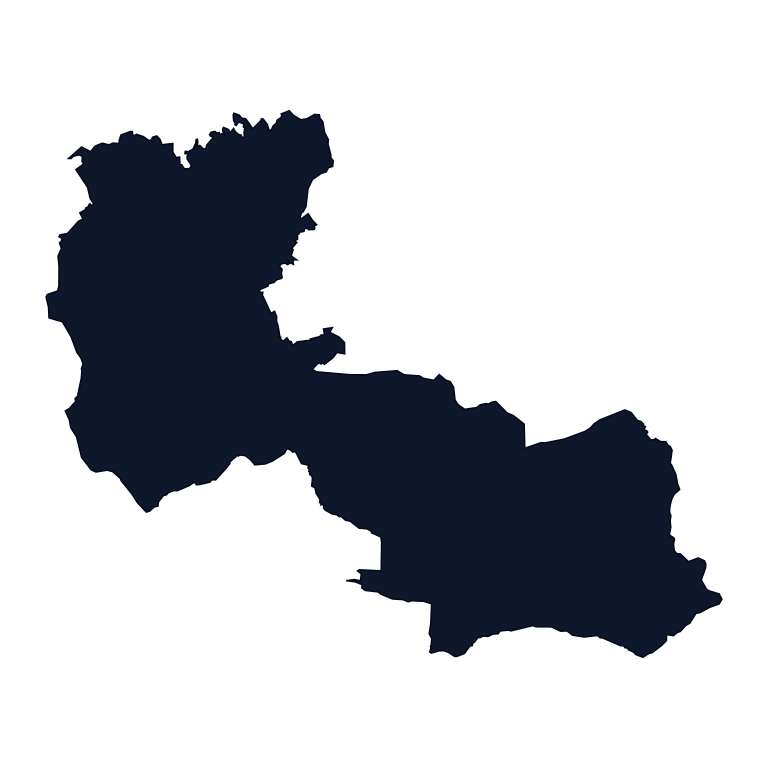 the district of Livezile, Bistrita-Nasaud, Romania
{"feature_id": "2599482B94998463214771", "entity_name": "Livezile", "entity_type": "district", "adm_level": 2, "iso_a3": "ROU", "parent_name": "Romania", "parent_adm1": "Bistrita-Nasaud", "projection": "mercator", "projection_center": [24.633, 47.178], "detail": "fine", "context": "isolated", "style": "filled", "palette": "ink", "viewbox_px": 768, "rotation_deg": 0, "n_neighbors": 0, "source": "geoboundaries", "source_scale": "gbopen_adm2", "svg_char_len": 6072}
<svg xmlns="http://www.w3.org/2000/svg" viewBox="0 0 768 768"><path d="M721.9,599.2L719.1,593.9L708.4,590.6L706.2,588.7L701.3,580.0L705.6,567.8L705.7,563.7L704.5,560.8L698.2,557.9L688.5,561.6L680.4,553.9L676.9,553.7L674.3,550.8L673.5,544.0L674.5,539.3L674.0,538.0L669.8,535.2L669.5,533.8L670.8,527.2L670.2,521.4L670.9,515.6L669.7,513.1L669.6,508.6L671.4,499.9L674.0,494.4L679.7,489.5L677.6,484.0L675.8,474.2L671.3,464.3L670.2,463.6L672.1,450.3L670.2,446.5L668.1,445.4L665.8,441.7L660.6,441.6L655.3,438.4L654.7,439.5L651.0,440.0L646.2,434.5L647.6,432.3L647.4,431.3L644.0,429.5L645.4,426.6L643.7,426.1L643.4,423.8L640.9,421.5L637.3,420.4L631.2,412.6L624.9,409.9L599.8,419.9L594.0,423.9L590.4,428.0L585.0,431.4L564.1,439.1L544.9,442.9L540.9,442.7L524.8,448.2L524.2,424.1L513.4,415.6L507.1,412.9L495.8,401.5L491.7,402.2L488.3,404.1L486.2,403.5L480.1,404.8L477.0,407.5L464.8,409.3L457.8,404.5L455.0,399.8L453.6,387.2L450.2,381.6L445.8,380.1L439.2,374.6L433.9,380.3L423.1,378.2L419.5,375.9L404.1,374.8L397.2,370.7L374.9,372.4L366.4,374.8L350.4,374.7L316.3,371.8L313.9,370.2L312.3,370.5L312.2,369.6L317.1,364.1L319.5,362.8L321.1,364.1L322.4,362.4L324.3,364.4L333.1,357.7L336.9,352.5L344.7,353.8L344.5,342.5L339.1,337.1L329.8,332.3L332.4,327.6L323.5,329.0L324.5,335.1L321.2,334.9L319.6,336.6L310.3,339.0L310.7,340.2L297.4,341.8L292.7,345.6L291.2,341.5L289.6,341.6L286.9,337.8L283.5,341.1L280.9,339.7L280.7,337.1L278.9,336.4L279.7,335.7L278.1,325.8L276.5,321.2L276.7,317.0L274.6,311.3L270.9,313.3L262.4,295.0L262.8,292.2L260.6,292.7L259.1,290.0L268.2,285.9L267.9,284.5L269.4,283.6L274.0,282.4L276.7,279.8L281.5,278.4L282.2,277.2L281.4,274.1L282.1,269.2L279.4,266.5L281.3,263.9L285.0,263.1L287.5,264.6L289.5,263.5L288.4,261.6L293.4,264.4L292.9,260.0L296.8,259.9L291.2,255.9L293.1,249.5L291.7,248.4L296.8,242.5L294.7,240.9L297.6,239.2L297.5,234.4L299.1,233.9L299.0,232.4L304.1,231.4L304.3,229.0L305.9,228.3L307.4,228.3L308.5,229.7L314.3,229.5L314.8,227.9L313.9,226.9L314.2,226.1L316.7,224.7L312.6,220.6L308.2,213.7L301.2,218.9L300.0,217.2L301.7,212.3L303.2,211.8L306.0,206.5L308.0,188.8L312.5,179.5L321.4,173.3L326.2,171.9L328.6,167.5L332.6,166.5L333.3,161.0L330.4,157.0L331.0,155.4L328.0,144.1L328.4,139.6L324.6,132.5L322.8,121.6L319.9,118.1L319.4,114.8L314.7,114.4L306.9,118.8L300.8,119.7L293.2,115.1L289.3,110.7L281.2,113.9L281.9,116.0L280.3,118.1L277.1,120.1L276.2,123.1L272.9,126.3L271.5,129.6L269.4,131.0L267.3,124.4L263.1,118.9L261.4,118.9L260.3,121.2L252.8,128.7L245.7,118.7L241.7,118.2L239.4,115.2L233.9,113.2L233.2,114.8L233.6,120.3L235.1,123.4L234.9,124.7L236.3,125.5L237.9,122.8L239.5,122.3L243.8,123.9L243.4,127.0L244.8,127.7L244.0,132.5L244.4,136.6L242.9,138.1L240.9,134.9L238.9,134.7L235.3,131.7L233.6,128.4L230.0,132.8L228.7,129.6L223.5,127.4L222.7,129.0L222.9,131.8L224.0,132.6L224.3,134.9L222.1,133.5L220.2,134.5L219.2,133.7L219.3,132.7L217.0,133.0L215.0,131.4L211.3,132.1L209.5,134.5L210.4,136.2L212.4,136.7L212.7,138.1L206.8,145.0L205.9,148.5L203.6,149.1L199.8,145.4L197.3,146.9L197.8,141.9L197.3,139.2L196.2,139.5L195.8,142.5L196.7,142.5L196.5,143.5L195.2,144.2L192.8,149.4L189.6,150.7L189.5,151.8L185.3,151.3L184.9,152.8L185.1,153.8L188.1,153.7L188.1,155.3L187.0,156.2L187.2,159.1L191.2,164.9L190.6,167.4L188.5,169.0L184.0,168.5L181.9,164.8L180.0,164.4L179.6,157.0L176.3,157.7L172.8,152.0L172.9,143.5L162.1,144.7L160.1,139.6L156.8,135.9L152.4,137.3L151.6,139.6L149.2,140.7L143.4,136.6L136.5,134.3L134.0,135.8L132.9,135.3L132.3,131.6L130.7,131.4L121.1,134.9L119.3,139.8L119.1,143.5L112.6,143.1L109.2,144.9L102.3,143.2L95.1,146.1L90.6,151.6L81.5,147.0L68.5,158.5L71.0,158.6L73.3,156.3L79.3,154.8L82.4,156.4L82.0,161.6L83.6,164.0L75.9,169.6L87.6,187.4L90.2,198.6L93.7,204.0L91.5,205.9L90.2,203.8L89.3,204.1L88.1,206.7L85.6,208.1L85.9,209.4L79.8,212.9L83.1,219.1L78.5,221.2L67.5,233.5L60.2,234.8L58.9,236.7L62.1,238.6L61.3,241.3L59.5,242.7L61.4,248.5L58.0,256.1L59.0,266.2L58.9,285.9L57.6,291.0L48.4,294.1L47.1,294.8L46.1,297.2L48.5,307.2L49.0,317.9L62.4,321.8L71.1,336.8L77.0,352.6L80.8,357.8L83.2,364.0L81.4,368.8L82.0,370.9L81.3,377.1L81.9,378.2L81.2,378.6L77.5,396.2L75.1,398.6L75.7,401.4L69.3,408.5L65.3,410.9L69.5,420.2L70.6,427.5L76.6,436.9L81.6,457.4L91.2,469.9L95.9,472.0L107.3,470.2L112.6,471.6L120.3,478.3L121.1,480.6L132.0,494.1L137.6,502.9L146.3,512.1L149.3,511.3L154.5,506.8L157.9,506.2L158.4,502.0L163.5,495.5L166.6,494.8L168.3,492.7L173.9,490.6L177.3,490.7L189.5,485.5L192.8,483.1L195.5,482.5L196.3,484.8L200.5,484.4L209.9,482.1L211.9,479.8L215.6,479.9L225.2,469.4L229.8,463.7L229.8,462.0L237.7,455.1L238.3,456.0L240.0,455.0L245.3,455.7L250.5,459.7L254.8,464.9L265.5,463.9L272.5,461.0L284.3,453.5L286.8,448.9L290.2,449.7L292.8,452.1L294.6,451.7L295.9,452.4L301.5,463.6L308.3,465.2L308.7,466.3L307.8,467.5L309.2,469.6L308.8,471.4L309.6,471.5L309.7,474.6L311.0,475.2L312.5,477.7L311.7,486.1L315.0,487.9L316.1,493.3L320.0,499.4L319.6,502.6L321.5,503.5L320.9,504.9L323.4,504.5L323.8,508.5L325.3,510.2L332.2,514.0L336.9,514.8L339.4,516.8L340.8,516.1L345.6,520.4L349.8,521.0L359.2,528.2L367.0,528.8L371.4,531.4L371.6,532.8L380.8,537.0L381.6,542.1L381.2,570.8L359.1,569.8L357.5,571.0L361.3,573.8L360.4,580.8L354.2,579.5L346.2,580.7L354.8,581.8L362.2,584.6L361.8,587.9L365.4,590.5L377.9,591.9L381.3,594.4L392.6,599.0L402.6,599.6L408.3,601.8L411.9,600.7L423.9,601.4L431.6,603.8L430.8,622.9L429.2,633.9L431.7,638.4L431.2,645.0L430.5,646.3L430.9,648.0L429.7,652.0L431.3,653.1L439.5,650.8L443.7,650.7L448.3,652.3L454.8,656.5L457.0,656.4L464.4,653.5L470.0,645.9L472.3,645.6L472.7,643.2L474.7,641.9L477.9,637.5L480.4,637.6L482.7,636.1L488.2,636.4L492.8,634.1L498.1,633.8L500.1,631.0L508.6,630.1L510.9,630.9L532.7,625.6L536.0,626.8L551.4,626.9L560.5,631.2L567.1,631.0L572.4,635.2L584.2,637.0L597.5,635.5L600.0,637.7L602.5,637.9L620.8,645.8L623.6,645.6L624.8,647.7L627.3,648.0L628.6,649.9L633.3,651.9L635.9,654.6L642.9,657.3L649.0,653.4L652.2,652.7L661.7,645.4L666.5,640.5L666.5,634.6L673.5,635.7L677.0,632.7L680.4,631.4L685.7,625.5L689.8,623.2L696.1,613.2L699.5,612.8L709.3,607.5L719.2,603.9L721.9,599.2Z" fill="#0f172a" stroke="#020617" stroke-width="1.5"/></svg>